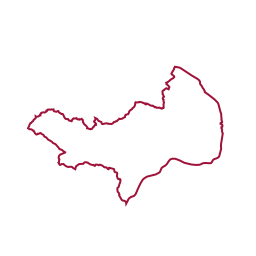 Samuoi, Saravan, Laos (Natural Earth projection), rotated 287°
{"feature_id": "54806243B94049695907039", "entity_name": "Samuoi", "entity_type": "district", "adm_level": 2, "iso_a3": "LAO", "parent_name": "Laos", "parent_adm1": "Saravan", "projection": "natural_earth1", "projection_center": [106.894, 16.358], "detail": "fine", "context": "isolated", "style": "outline", "palette": "rose", "viewbox_px": 256, "rotation_deg": 287, "n_neighbors": 0, "source": "geoboundaries", "source_scale": "gbopen_adm2", "svg_char_len": 5778}
<svg xmlns="http://www.w3.org/2000/svg" viewBox="0 0 256 256"><g transform="rotate(287 128 128)"><path d="M55.2,148.4L60.7,149.4L62.7,150.8L64.8,153.6L67.0,154.6L70.7,155.1L71.8,155.1L79.0,156.2L82.8,157.2L83.8,157.7L84.5,158.2L87.0,160.3L91.7,168.1L94.4,170.8L95.5,171.4L99.5,171.8L100.8,172.6L102.9,174.6L104.9,175.7L108.3,176.7L109.7,177.3L110.5,177.8L111.6,179.4L112.4,182.2L112.1,187.0L111.2,192.0L111.6,199.1L112.5,203.6L113.5,206.6L114.6,208.3L115.6,209.2L116.6,210.7L117.3,212.7L117.7,214.6L118.4,216.9L118.8,217.7L119.5,218.0L122.3,218.7L123.3,219.4L125.1,221.8L126.0,222.7L127.4,223.5L134.7,223.2L136.0,223.0L137.1,222.4L139.7,221.7L150.6,220.2L151.3,219.5L152.7,218.7L153.2,218.7L153.9,218.5L154.7,217.9L155.1,217.4L155.4,217.5L155.7,217.2L156.2,217.1L156.4,217.3L156.5,217.7L156.7,217.8L157.6,217.7L158.3,217.4L158.8,217.1L158.8,216.1L159.1,215.7L159.1,215.2L159.7,215.1L160.6,215.9L161.1,216.3L161.6,216.1L162.1,215.6L162.7,215.4L163.3,214.9L164.0,214.9L164.6,214.5L167.6,213.4L169.2,212.7L170.6,211.6L177.1,207.6L178.2,206.7L179.8,204.0L180.7,202.2L183.6,194.7L184.8,190.9L185.7,190.6L186.1,190.1L187.2,189.1L188.1,187.8L189.8,186.1L191.1,184.2L192.7,183.5L193.5,183.2L194.8,181.4L195.4,179.6L196.8,173.8L200.6,160.9L200.8,159.4L200.3,155.0L199.7,155.0L198.9,154.6L197.9,154.8L197.1,154.6L196.2,154.5L195.6,154.2L195.1,154.2L194.3,153.9L192.7,153.6L192.4,153.8L192.1,154.3L191.5,155.9L191.0,156.9L190.3,157.3L190.0,157.3L189.6,156.9L188.9,156.7L187.3,155.1L186.4,154.5L186.1,154.2L185.3,153.9L183.9,152.8L183.6,152.7L182.4,151.3L181.6,152.0L181.1,152.1L181.1,152.7L180.7,153.1L180.4,154.0L179.2,155.6L176.9,155.5L177.0,154.3L177.2,153.7L177.2,153.0L175.6,151.7L174.9,151.5L174.6,151.0L173.9,150.6L173.6,150.3L172.9,150.3L171.3,151.0L170.6,151.1L170.4,151.5L169.4,152.4L168.8,152.6L168.5,153.2L168.0,153.1L167.2,152.6L166.5,152.6L165.8,153.0L165.3,153.9L164.2,154.0L163.0,154.9L160.8,155.1L157.8,156.2L157.4,156.0L157.1,154.9L156.4,154.7L156.4,153.4L156.7,152.2L156.3,151.6L156.2,150.7L155.7,149.5L155.8,149.0L156.2,148.3L155.7,147.5L156.6,145.3L156.6,145.1L156.2,144.7L156.3,144.0L156.1,142.7L156.5,141.4L156.8,139.8L156.8,138.9L156.8,138.7L156.2,138.7L155.9,138.5L155.8,138.3L155.9,138.0L156.1,137.9L155.9,137.5L156.1,137.1L156.5,136.9L156.3,136.0L156.5,135.5L156.4,134.8L156.6,134.1L156.6,133.4L156.5,132.5L156.2,131.8L156.3,131.1L155.8,130.8L155.1,129.4L154.8,127.7L154.4,127.6L152.0,128.0L150.3,127.8L149.4,127.4L148.1,126.4L147.5,126.4L146.9,126.1L146.5,125.8L146.2,125.3L145.7,125.1L145.1,124.7L144.2,124.3L142.9,124.4L141.3,124.1L140.8,123.1L140.1,122.4L139.9,121.8L138.9,121.7L137.5,121.9L136.5,120.7L136.2,120.4L135.6,120.2L134.6,118.6L134.3,117.8L134.3,117.0L133.9,117.0L133.4,116.5L131.7,115.4L131.3,115.4L130.7,114.2L129.8,113.6L129.6,112.8L127.7,111.9L126.9,110.9L126.7,109.4L126.4,108.9L126.5,108.2L126.1,107.2L126.3,106.3L126.2,106.0L125.4,104.4L124.4,102.8L124.3,102.1L124.5,101.7L125.9,100.8L126.2,97.9L126.3,97.5L127.7,95.8L128.0,93.7L127.3,94.2L126.8,94.3L125.7,94.2L124.7,93.7L124.4,93.6L123.9,94.0L122.9,96.0L122.7,96.2L122.4,96.3L121.6,95.7L121.3,96.1L121.1,95.7L119.9,95.0L118.9,94.8L118.5,94.3L116.8,93.9L116.4,93.5L116.3,92.8L115.9,92.6L115.8,91.4L115.8,89.0L116.6,89.0L117.8,87.4L119.1,84.6L119.8,84.1L120.2,83.4L120.5,83.4L121.4,82.8L122.4,82.5L122.9,81.2L123.2,81.0L122.8,80.5L122.4,80.2L122.2,79.6L121.9,79.2L122.2,78.9L122.2,78.7L121.6,77.9L121.7,77.5L121.6,77.2L121.6,76.7L121.7,76.4L122.3,75.9L121.9,75.5L121.9,74.9L121.4,74.1L121.3,73.2L120.8,72.7L120.4,72.7L119.7,72.2L118.3,72.2L118.0,72.1L118.0,71.8L118.0,69.1L119.0,68.1L118.5,66.1L118.6,65.5L119.2,64.5L119.5,64.3L120.3,63.3L120.9,63.0L122.2,61.7L122.3,61.2L121.9,60.3L122.2,59.9L122.5,58.0L122.9,57.2L123.8,56.5L123.8,56.2L123.3,55.5L122.6,54.8L122.6,54.3L122.5,54.1L122.5,53.4L122.4,52.6L122.5,52.2L123.0,51.7L124.0,51.4L123.5,50.2L123.5,49.6L123.2,49.1L123.0,48.8L122.9,48.2L122.8,47.7L122.4,47.1L122.4,46.5L122.3,46.1L121.7,45.9L121.5,45.6L120.7,45.5L120.8,44.9L120.7,44.8L119.5,44.8L118.9,44.5L118.4,43.6L118.3,42.6L117.9,41.8L117.5,41.3L117.4,40.9L117.2,40.8L116.8,40.5L116.3,40.6L116.0,40.5L115.2,40.0L114.4,40.5L114.0,39.8L112.8,38.9L112.2,37.6L112.0,36.9L112.2,36.3L111.5,36.6L110.4,36.8L109.8,36.5L109.5,36.2L108.9,35.9L108.3,35.4L106.8,35.2L106.2,34.6L104.5,33.9L104.2,33.3L103.1,33.0L98.5,32.5L98.1,33.9L98.1,34.5L98.3,35.1L98.4,36.4L97.7,37.9L97.9,38.5L97.4,38.7L96.7,39.8L95.8,40.5L95.0,42.2L95.1,42.7L96.2,43.4L96.2,44.2L97.2,45.1L97.6,45.7L97.6,46.1L97.0,47.1L96.8,48.8L96.4,49.6L95.6,50.2L95.3,50.6L95.1,52.5L93.5,55.1L93.3,56.4L92.8,58.6L92.4,59.6L91.8,60.4L91.7,60.8L91.4,63.2L91.2,63.7L88.7,67.6L88.2,68.0L87.9,69.0L87.7,69.2L87.8,70.2L87.6,71.6L87.1,72.5L86.4,75.1L86.2,75.1L82.6,70.8L81.1,70.2L79.4,70.3L78.3,70.9L78.1,71.5L75.0,71.9L74.3,72.2L74.2,72.0L73.8,72.7L73.0,73.1L72.8,73.4L72.9,74.0L74.2,75.3L74.4,76.3L74.7,76.8L73.8,78.6L73.3,80.4L73.2,81.4L73.3,82.3L74.3,84.8L74.4,85.8L73.6,87.5L73.2,89.6L74.5,89.5L76.3,89.6L76.8,89.9L77.6,90.7L78.6,91.2L79.2,91.9L79.5,92.5L80.7,95.7L82.3,96.4L82.6,96.8L83.0,98.1L83.1,99.8L82.8,100.2L82.2,102.7L82.2,104.5L82.6,105.7L82.0,107.1L82.1,107.4L82.5,107.5L83.4,107.7L83.6,107.9L84.0,109.6L83.8,110.7L84.1,111.2L84.5,111.5L84.7,111.8L84.6,114.3L83.5,117.0L84.0,118.5L83.8,119.2L82.8,121.0L82.9,121.5L83.2,121.6L84.2,121.4L84.5,121.6L84.6,125.8L84.5,126.8L83.5,127.2L82.3,127.9L82.0,128.4L82.0,128.9L82.1,129.7L82.1,130.2L81.8,130.7L81.4,131.0L78.9,131.4L76.9,132.8L76.4,133.4L76.4,133.9L76.4,134.7L76.6,135.1L76.8,135.2L76.6,135.6L76.0,136.1L73.3,136.4L72.2,136.2L69.1,136.3L68.5,136.1L67.7,135.5L67.3,135.5L66.0,135.8L64.0,136.8L63.2,138.2L62.0,139.2L61.0,139.2L60.0,140.3L57.7,142.7L57.3,143.4L57.1,143.8L57.3,146.1L57.0,147.0L56.1,148.0L55.2,148.4Z" fill="none" stroke="#9f1239" stroke-width="2"/></g></svg>